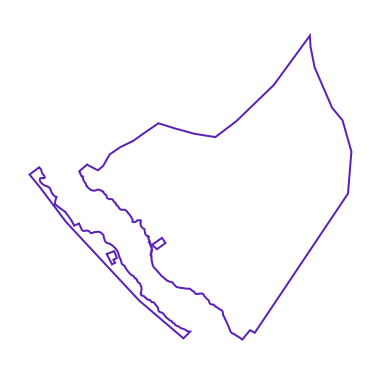 the district of Zemam Out, Al Bahr al Ahmar, Egypt, rotated 357°
{"feature_id": "37247803B22410072002885", "entity_name": "Zemam Out", "entity_type": "district", "adm_level": 2, "iso_a3": "EGY", "parent_name": "Egypt", "parent_adm1": "Al Bahr al Ahmar", "projection": "orthographic", "projection_center": [31.757, 26.727], "detail": "fine", "context": "isolated", "style": "outline", "palette": "violet", "viewbox_px": 384, "rotation_deg": 357, "n_neighbors": 0, "source": "geoboundaries", "source_scale": "gbopen_adm2", "svg_char_len": 5981}
<svg xmlns="http://www.w3.org/2000/svg" viewBox="0 0 384 384"><g transform="rotate(357 192 192)"><path d="M149.1,263.5L149.9,265.2L153.0,268.8L156.3,273.1L157.7,274.7L159.5,276.1L160.7,277.6L160.8,277.6L163.1,279.6L163.9,279.8L165.1,280.4L167.4,281.1L168.0,281.5L168.6,282.7L168.8,283.0L170.1,284.5L170.3,284.6L171.6,286.0L174.9,287.0L178.0,287.5L180.6,288.1L182.6,288.4L184.4,288.4L185.4,289.0L185.7,289.3L186.0,289.4L186.7,290.4L187.1,290.6L188.5,291.3L189.5,292.9L190.1,293.7L192.1,294.2L192.9,294.1L193.1,294.0L193.6,294.0L194.0,293.9L195.6,293.9L196.2,293.8L196.8,293.9L197.9,294.6L198.7,296.3L199.8,297.8L201.9,300.2L202.8,300.9L203.1,301.2L203.1,301.5L203.3,302.1L203.3,302.4L203.5,303.2L203.9,304.2L204.9,305.0L206.7,305.6L207.7,305.6L208.0,305.7L208.3,306.1L208.6,306.5L208.6,306.8L208.7,307.0L209.2,307.3L209.6,307.8L211.9,309.0L212.9,310.3L213.9,310.8L214.4,310.9L214.8,311.2L216.1,312.5L216.4,313.5L216.7,316.9L217.8,318.8L218.4,320.6L219.0,322.1L219.3,322.4L219.6,323.6L219.9,324.1L220.4,325.4L221.1,327.7L221.7,328.6L221.8,329.6L222.0,329.9L223.0,332.8L223.2,333.6L224.3,334.9L225.1,335.4L226.3,335.8L228.0,337.3L230.4,338.7L232.6,340.4L233.3,341.1L234.5,342.0L242.7,333.0L247.3,335.9L347.7,201.7L353.3,160.0L346.1,128.4L336.3,115.2L320.9,73.7L318.0,53.3L317.9,42.0L279.3,89.4L239.7,123.8L218.2,138.4L197.9,134.1L178.2,127.6L162.1,121.6L147.2,130.7L135.9,137.9L123.0,143.3L111.8,150.1L104.5,161.5L99.1,165.4L88.9,159.4L88.7,159.1L80.5,165.4L80.9,166.6L81.1,166.7L81.0,166.8L81.7,168.7L82.5,170.3L82.6,170.6L83.1,170.4L83.7,170.7L84.0,171.2L84.1,171.8L84.0,172.2L83.8,172.8L84.2,174.5L84.4,175.0L85.3,176.4L85.7,176.8L85.9,177.4L86.1,177.6L86.2,178.2L86.3,178.3L86.7,179.8L87.4,180.4L87.9,181.7L90.5,184.2L91.8,184.9L93.5,185.5L95.2,185.5L96.1,185.3L96.6,185.0L97.5,184.7L98.5,184.7L100.3,185.1L101.5,185.9L102.3,186.7L103.0,186.7L103.5,187.1L103.5,187.8L105.1,189.9L105.4,190.2L106.1,190.4L106.3,190.6L106.4,191.5L106.4,192.0L106.5,192.7L106.9,193.4L108.1,194.4L108.7,194.6L109.4,194.9L110.1,194.9L110.9,194.8L111.9,195.1L112.4,195.5L113.1,196.9L114.2,198.3L115.2,199.0L115.6,200.8L116.0,201.2L116.5,201.5L117.7,203.1L118.4,204.4L119.3,205.2L119.7,205.8L120.9,206.0L123.4,206.2L124.3,206.4L124.7,206.7L125.7,207.7L126.1,208.1L126.5,208.5L127.0,209.6L127.4,210.2L127.9,210.4L129.5,213.1L129.9,213.4L130.6,215.4L131.0,215.9L131.3,216.7L131.3,216.9L131.0,217.8L130.9,218.5L131.1,218.7L132.4,219.1L134.1,219.0L134.4,218.8L135.5,217.7L136.0,217.5L139.2,217.5L139.5,218.5L139.3,219.1L138.8,219.7L139.2,223.3L140.6,225.2L142.5,226.5L143.1,231.2L143.5,232.1L144.6,233.5L146.2,233.8L146.5,234.6L146.1,234.7L146.2,235.5L145.9,235.8L145.9,236.1L146.2,236.7L146.5,237.7L146.7,237.9L147.0,238.2L147.1,238.6L146.7,239.2L146.7,239.5L146.5,239.8L147.2,240.0L147.1,240.3L146.8,240.3L147.0,240.6L147.8,241.0L147.8,241.3L147.4,241.4L147.1,241.8L148.1,244.0L148.3,245.1L149.1,245.9L148.5,247.2L149.0,247.7L149.2,248.2L148.5,248.6L148.5,250.0L147.9,249.9L148.0,250.7L147.6,251.7L147.6,251.9L147.9,252.2L148.1,252.5L148.1,252.8L147.4,253.0L147.6,253.8L148.1,254.3L148.2,254.7L148.2,255.7L148.0,257.3L148.3,258.0L148.2,259.1L148.3,259.5L149.1,263.5ZM162.8,241.6L154.0,247.3L149.3,242.7L159.6,236.2L162.8,241.6ZM182.9,331.3L180.6,330.9L180.1,330.8L179.6,330.4L178.8,329.6L177.8,329.1L175.7,328.1L173.4,327.2L171.9,325.7L168.7,324.3L167.7,322.8L167.3,322.3L166.4,321.7L166.1,321.5L165.4,321.1L164.9,319.9L163.4,319.2L162.5,318.5L161.5,317.5L160.3,316.4L159.8,316.0L159.4,315.4L158.9,314.9L158.1,313.8L157.7,313.0L157.0,312.0L155.7,311.0L155.3,310.8L153.6,310.2L152.7,309.5L152.4,309.0L152.1,307.5L152.1,306.1L151.8,305.5L151.2,304.7L148.8,301.4L148.5,300.6L148.0,300.2L147.3,300.0L147.0,300.0L146.5,300.1L145.9,299.8L145.6,299.4L144.5,297.8L143.9,297.5L143.4,297.5L142.7,297.4L141.6,296.7L141.6,296.4L140.7,295.8L140.6,295.6L139.9,295.1L139.3,294.4L139.2,294.0L138.7,293.6L136.7,292.9L135.9,292.5L135.8,292.3L135.8,291.9L136.1,291.4L135.4,290.8L135.9,289.7L136.1,288.3L136.3,287.8L136.4,287.4L136.5,287.1L136.5,285.7L136.6,285.2L135.8,282.3L135.5,281.7L135.4,280.9L134.6,280.2L134.2,279.9L133.5,279.2L132.8,278.6L132.8,278.2L132.9,277.8L132.6,277.3L132.3,276.7L131.2,275.3L130.8,275.3L130.5,275.1L130.2,274.6L129.7,273.5L128.8,272.6L127.8,272.1L126.8,271.5L126.6,271.3L126.1,270.6L125.6,270.2L124.5,268.8L124.1,267.9L123.4,267.3L122.8,266.0L122.3,265.5L121.9,264.8L121.6,264.5L121.5,263.7L120.7,262.0L120.0,261.6L119.4,261.3L118.6,260.6L118.5,260.3L118.1,259.8L117.7,258.1L117.2,255.5L116.9,255.0L115.9,252.8L115.6,251.6L115.5,250.9L115.5,250.4L114.6,247.4L113.2,245.1L112.4,244.1L110.8,242.4L110.2,241.9L109.8,241.3L109.4,241.1L108.4,240.3L108.0,239.9L107.3,239.5L106.2,239.0L105.6,238.9L105.1,238.9L104.4,238.5L103.1,237.3L103.0,236.9L102.5,236.2L102.3,235.8L102.2,235.0L101.6,232.9L101.5,232.2L101.4,230.8L101.2,230.1L100.0,229.1L99.7,228.5L99.1,228.2L98.9,227.9L97.7,227.0L96.8,226.9L96.2,226.9L95.9,226.8L95.2,226.8L94.0,227.0L92.5,226.9L90.8,227.5L90.4,227.7L89.8,227.9L89.4,227.9L88.9,227.7L88.4,227.3L87.7,226.5L87.1,225.8L86.6,225.5L85.7,225.1L84.0,225.0L82.3,225.3L81.0,224.9L80.2,224.3L79.9,223.7L79.5,222.4L77.9,218.7L77.6,217.6L72.6,219.4L70.2,214.3L67.5,209.9L64.3,205.3L64.4,205.2L59.2,201.1L54.5,197.0L55.0,193.7L56.4,189.7L55.1,189.3L53.7,188.1L51.7,185.2L51.5,184.2L51.2,183.5L50.9,182.2L50.7,181.7L50.3,181.1L49.7,180.2L49.3,179.8L49.0,179.5L48.4,179.3L48.1,179.0L45.5,177.9L44.9,177.6L44.5,177.2L44.2,177.1L43.5,176.4L43.1,176.2L42.1,175.1L41.6,174.5L40.9,173.4L40.7,172.9L40.6,172.3L40.6,171.9L40.9,171.0L41.1,170.5L41.4,170.3L41.9,170.2L42.7,170.2L43.7,170.3L44.1,170.5L44.9,170.3L45.4,170.3L45.7,170.0L45.8,169.7L45.3,168.2L45.0,167.8L44.7,167.3L44.2,166.6L43.4,165.4L43.2,164.9L42.9,163.8L42.8,162.8L42.5,161.7L41.9,160.9L41.5,160.4L41.0,160.2L40.6,159.4L30.7,166.1L40.6,179.6L64.7,215.4L133.4,297.5L175.8,337.7L182.9,331.3ZM111.5,258.6L108.3,260.1L103.6,249.4L111.3,247.0L113.5,253.9L109.9,255.6L111.5,258.6Z" fill="none" stroke="#5b21b6" stroke-width="2"/></g></svg>